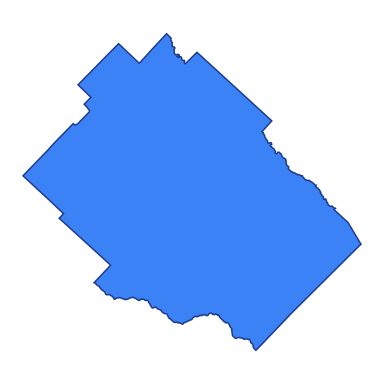 Chivilcoy, Buenos Aires, Argentina (Mercator projection)
{"feature_id": "61730980B82313314600145", "entity_name": "Chivilcoy", "entity_type": "district", "adm_level": 2, "iso_a3": "ARG", "parent_name": "Argentina", "parent_adm1": "Buenos Aires", "projection": "mercator", "projection_center": [-59.874, -34.908], "detail": "fine", "context": "isolated", "style": "filled", "palette": "blue", "viewbox_px": 384, "rotation_deg": 0, "n_neighbors": 0, "source": "geoboundaries", "source_scale": "gbopen_adm2", "svg_char_len": 5975}
<svg xmlns="http://www.w3.org/2000/svg" viewBox="0 0 384 384"><path d="M197.0,52.3L185.3,63.8L184.9,63.5L184.2,62.5L184.4,61.5L184.5,61.3L184.7,60.9L184.3,60.4L182.8,60.3L182.4,60.1L181.9,59.7L181.7,58.2L181.0,56.9L180.8,56.6L180.1,56.6L179.1,57.3L178.2,57.4L177.5,57.0L177.2,56.5L178.6,56.0L179.2,55.3L179.0,54.7L178.1,54.3L177.4,54.3L176.9,54.7L176.0,55.0L175.4,54.4L174.7,54.0L174.4,53.5L174.2,52.7L174.2,50.3L173.8,49.7L174.4,48.9L174.8,48.6L174.8,48.4L174.8,47.6L174.4,47.1L173.7,46.8L172.4,46.5L172.2,46.1L172.1,45.4L172.3,43.9L172.2,42.8L172.0,42.3L171.5,41.3L171.1,40.6L170.8,39.9L170.9,39.1L171.1,38.5L171.1,38.2L166.6,33.7L152.3,49.0L139.3,63.3L118.6,43.7L113.4,48.9L78.0,84.8L90.9,97.3L84.2,104.2L87.1,107.4L89.6,110.8L89.2,112.0L77.4,124.1L74.9,125.1L73.2,123.6L53.9,143.4L50.4,147.2L48.6,149.3L23.0,175.8L48.7,199.6L63.5,213.6L59.2,218.3L89.4,245.8L110.6,265.2L94.0,282.8L95.3,283.1L95.7,283.5L96.0,284.2L96.4,284.7L97.1,285.0L97.8,285.6L98.5,286.0L99.1,286.4L99.9,287.7L102.3,290.4L103.1,290.6L103.6,291.1L104.6,291.8L105.0,292.3L105.6,294.2L106.1,294.5L106.7,294.8L107.9,294.8L109.2,294.5L109.7,294.8L110.9,295.6L112.2,296.3L112.6,296.8L113.2,297.2L113.5,297.7L113.6,298.3L113.8,298.8L114.5,299.3L115.0,299.2L115.5,298.9L116.6,298.0L117.2,297.7L118.5,297.9L120.0,297.5L120.7,297.8L121.7,298.5L123.1,298.7L123.9,299.0L124.6,299.4L125.5,299.6L126.8,299.3L127.6,299.3L128.2,299.0L129.8,297.7L131.1,297.9L131.9,297.5L133.3,297.2L133.8,297.6L134.3,298.0L134.9,298.3L135.7,298.4L136.4,299.0L137.5,299.6L138.2,300.2L138.6,300.4L139.2,300.5L139.7,300.3L140.1,300.0L140.5,299.4L141.0,299.1L141.6,299.1L142.4,299.5L143.7,299.1L144.6,299.8L145.3,300.4L146.7,300.3L147.4,300.4L148.3,301.0L148.7,302.6L149.7,303.4L150.0,304.2L150.0,304.7L150.6,305.2L150.9,305.8L151.5,307.2L152.0,307.7L152.7,308.0L153.3,307.9L155.4,307.1L156.4,307.4L157.1,308.4L157.6,308.8L158.4,309.3L159.4,309.4L159.7,309.6L160.1,309.8L161.0,310.3L161.8,311.7L164.2,313.5L166.5,313.8L167.1,314.3L168.3,317.0L168.7,317.8L169.3,318.3L169.8,318.5L170.4,319.2L171.0,319.4L171.8,320.6L172.4,320.9L173.3,321.4L173.8,322.2L175.2,322.5L176.3,322.1L176.9,322.1L177.3,322.6L177.8,322.5L178.5,323.0L179.3,322.7L181.5,323.5L182.0,324.1L182.6,324.2L183.3,323.6L183.8,323.0L184.3,322.6L185.1,322.5L185.8,322.2L186.3,321.7L187.8,321.4L189.4,320.3L191.6,319.7L192.1,319.1L192.2,318.4L192.6,317.8L193.3,317.6L194.4,316.6L195.1,316.3L195.6,316.2L196.0,316.7L196.4,316.6L196.9,316.4L197.4,316.7L197.7,316.7L198.4,316.3L200.4,315.2L201.1,315.5L201.4,315.7L202.5,315.3L203.0,315.0L203.9,314.7L204.6,314.9L205.2,314.7L205.7,315.0L206.1,315.5L206.8,315.7L207.7,315.4L208.2,315.0L209.0,313.9L209.8,313.2L210.4,313.1L211.5,313.3L212.3,313.8L212.7,314.5L213.8,314.6L214.7,314.6L215.3,314.1L215.7,314.0L216.4,314.5L217.0,314.5L217.7,315.2L218.1,314.9L218.6,315.0L219.2,316.1L219.6,317.3L220.1,317.6L220.5,318.2L222.1,319.7L222.8,320.1L223.2,320.7L223.4,321.2L223.8,321.3L224.1,321.6L224.7,321.7L225.2,322.4L225.6,322.6L226.0,323.0L226.6,322.9L227.1,322.5L227.7,322.6L228.6,323.6L229.0,324.1L229.3,325.1L229.8,325.6L229.8,326.3L230.3,326.8L230.6,327.5L231.2,328.0L231.3,328.3L231.7,328.7L231.8,329.5L231.8,331.2L232.0,331.9L232.1,333.2L232.5,335.7L235.2,338.2L235.9,338.5L236.4,338.1L238.9,337.4L240.2,337.9L241.0,338.0L241.8,338.0L242.5,338.1L243.9,339.2L244.6,339.3L246.3,338.8L247.5,339.0L248.0,339.2L248.3,339.6L249.1,339.5L249.8,339.7L250.5,341.1L250.4,341.8L250.8,342.7L251.4,342.9L251.8,343.6L252.5,343.8L253.0,344.6L253.0,346.3L253.4,347.3L253.9,348.2L255.0,349.6L255.9,350.3L261.8,344.3L290.9,313.8L359.6,245.5L361.0,244.3L348.0,222.5L334.1,209.7L335.5,208.3L335.2,208.1L334.7,208.2L334.4,208.1L333.6,207.7L333.0,206.9L332.7,206.8L332.4,206.5L332.2,206.1L331.3,206.3L330.9,206.2L330.3,206.3L330.0,206.1L329.7,206.0L329.3,205.6L328.9,205.3L328.5,205.3L328.3,205.1L328.0,204.5L328.0,204.2L327.5,203.4L327.7,203.0L327.6,202.8L326.9,202.3L326.8,202.1L326.6,201.9L326.5,201.2L326.4,201.1L326.4,200.4L326.1,199.9L326.1,199.4L325.9,199.2L325.5,199.0L324.8,199.1L324.5,199.3L324.0,199.5L323.5,199.0L323.6,198.5L323.5,197.9L323.3,197.6L323.4,197.2L323.3,196.8L323.1,196.5L322.5,196.0L322.4,195.7L322.2,195.6L322.0,195.3L321.8,195.2L321.8,194.8L321.4,194.5L321.1,193.8L320.6,193.3L320.6,192.8L320.5,192.7L320.8,192.2L320.4,191.7L320.1,191.5L319.9,191.4L319.8,190.5L319.7,190.2L319.2,189.5L318.6,189.3L318.3,189.0L318.0,188.3L317.7,188.0L317.2,188.0L316.9,187.8L316.4,187.2L316.0,186.9L315.9,186.3L315.5,186.0L315.9,185.6L316.1,185.2L315.9,185.2L315.7,185.3L315.1,185.2L313.9,183.8L313.6,183.6L313.2,183.1L312.8,182.9L312.5,182.6L312.2,182.5L311.6,182.0L310.9,181.5L310.1,181.1L309.4,180.9L309.1,180.7L309.0,180.2L308.8,180.2L308.3,180.6L307.7,180.6L306.9,180.4L306.5,180.0L305.9,179.8L305.1,179.6L304.8,179.4L304.1,178.2L303.8,177.8L303.4,177.7L303.0,177.3L302.9,176.8L302.8,176.5L302.5,175.9L302.3,175.7L301.1,175.9L300.8,175.7L300.7,175.5L300.5,175.3L299.9,175.0L299.2,175.0L298.8,174.8L298.2,174.3L297.9,174.3L297.5,174.7L297.3,174.7L296.7,174.1L295.2,173.4L294.6,172.8L294.3,172.8L293.7,172.9L293.1,172.6L293.0,172.3L292.7,172.1L291.7,171.6L291.0,171.5L290.3,170.6L288.4,168.9L288.7,167.0L288.5,166.5L287.9,166.2L287.3,165.6L286.6,164.8L286.3,164.1L286.1,163.4L286.2,162.4L286.1,160.9L285.8,159.7L285.0,158.5L283.4,157.9L282.6,157.3L282.2,156.8L281.9,155.7L281.0,153.9L279.8,152.8L278.9,152.2L277.9,152.2L277.4,153.0L276.1,153.7L275.4,153.5L275.2,152.7L275.4,151.2L274.6,150.4L274.4,150.1L274.3,149.5L274.0,149.0L273.6,148.6L273.0,148.3L272.3,147.7L271.7,146.9L270.5,146.2L270.2,145.8L270.3,145.0L270.6,144.8L271.6,144.7L271.7,144.3L271.6,143.6L271.4,143.0L270.8,142.6L270.3,142.6L269.4,142.8L269.0,143.2L268.4,143.2L267.8,142.7L267.4,142.1L267.4,141.5L267.6,141.1L267.5,140.6L267.0,140.1L266.2,139.4L265.9,139.0L265.8,138.2L265.5,138.1L265.2,137.6L264.6,136.3L264.6,135.7L264.2,134.8L263.7,133.9L263.2,133.5L263.3,132.6L262.5,132.0L261.9,131.7L271.8,120.9L197.0,52.3Z" fill="#3b82f6" stroke="#1e3a8a" stroke-width="1.5"/></svg>